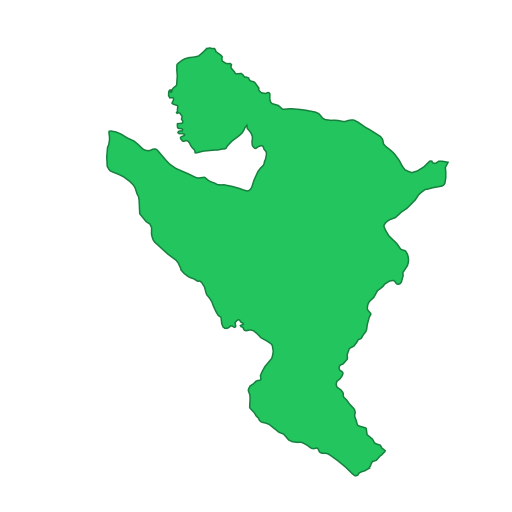 Maukatar, Cova Lima, East Timor (Albers equal-area conic projection), rotated 192°
{"feature_id": "22284137B61331736580364", "entity_name": "Maukatar", "entity_type": "district", "adm_level": 2, "iso_a3": "TLS", "parent_name": "East Timor", "parent_adm1": "Cova Lima", "projection": "albers", "projection_center": [125.234, -9.237], "detail": "fine", "context": "isolated", "style": "filled", "palette": "green", "viewbox_px": 512, "rotation_deg": 192, "n_neighbors": 0, "source": "geoboundaries", "source_scale": "gbopen_adm2", "svg_char_len": 6101}
<svg xmlns="http://www.w3.org/2000/svg" viewBox="0 0 512 512"><g transform="rotate(192 256 256)"><path d="M110.7,258.0L109.5,258.7L108.4,260.6L108.0,267.4L108.9,270.3L105.9,278.0L105.7,280.6L105.8,283.2L106.9,286.6L108.2,289.2L110.6,291.8L111.7,292.3L113.8,292.3L115.9,292.8L120.8,297.4L130.2,303.3L134.6,308.1L136.9,311.3L137.2,312.8L136.1,315.5L134.7,317.4L132.5,319.5L127.7,322.5L122.6,329.6L118.3,334.0L111.9,343.9L109.7,349.5L107.8,352.3L104.3,356.3L102.2,357.0L97.1,359.6L88.6,363.1L87.2,364.4L86.4,366.3L86.6,371.7L87.8,377.5L89.2,382.0L87.6,387.6L93.6,387.4L96.9,386.7L99.4,384.2L100.9,383.7L102.1,383.8L103.0,384.3L103.8,385.4L105.7,385.0L110.3,378.1L115.8,372.8L121.0,369.9L124.9,370.5L128.2,371.3L130.1,372.9L131.8,374.5L135.6,379.1L141.7,384.6L145.5,387.0L152.0,390.2L154.5,392.1L156.1,395.8L157.3,397.3L159.2,398.8L171.0,403.2L175.5,404.5L183.7,408.0L188.0,409.2L190.3,409.1L193.8,407.8L197.0,406.0L198.4,405.7L204.0,405.6L208.2,405.0L210.5,404.3L216.5,403.8L218.5,404.3L220.1,405.1L223.5,407.9L224.6,408.4L227.9,409.1L238.3,408.9L244.1,408.4L252.7,407.3L259.6,405.2L260.8,405.2L265.4,407.9L272.0,408.4L273.2,409.2L274.1,410.2L275.2,412.6L276.1,417.4L277.3,418.5L278.7,418.2L279.6,417.4L280.8,416.9L284.3,416.8L285.4,417.1L288.0,419.1L288.1,420.8L292.8,425.1L294.2,425.9L297.9,426.1L299.2,427.0L300.3,428.6L302.9,429.0L304.3,428.5L306.1,430.2L308.4,431.5L313.1,430.0L314.2,430.3L315.2,431.5L319.3,434.6L319.8,435.6L319.8,438.2L321.3,438.9L324.3,438.1L326.0,438.3L329.5,439.7L330.4,441.7L330.5,443.8L331.7,444.9L338.0,447.7L338.2,448.7L339.7,450.3L342.1,449.8L344.8,449.9L346.2,448.9L347.2,449.0L349.9,444.7L353.8,439.6L358.2,437.6L362.9,436.1L366.5,434.2L368.8,432.3L371.5,429.2L372.7,427.6L373.1,426.4L372.1,421.4L370.5,416.0L369.2,406.9L369.8,405.5L371.5,403.6L372.6,401.4L372.5,399.6L373.0,398.5L373.8,398.6L374.1,399.5L373.9,400.7L375.0,400.2L375.5,398.6L375.0,395.2L374.5,394.3L373.2,392.7L371.0,393.4L369.9,393.5L369.2,392.4L369.4,390.2L370.0,388.1L368.9,387.4L368.0,387.2L364.5,386.9L363.6,386.2L363.3,382.6L362.8,381.4L363.6,379.8L362.8,379.1L361.9,379.8L360.3,380.0L357.4,377.3L357.1,376.2L357.4,375.0L357.2,374.1L355.5,372.6L355.5,371.0L356.4,370.3L360.3,369.1L360.2,367.7L359.4,365.3L358.5,364.7L354.8,365.0L354.0,364.2L354.2,363.0L357.1,362.3L358.1,360.8L357.5,360.0L356.4,359.7L352.8,360.5L351.0,360.0L351.2,359.0L354.2,356.8L354.5,355.8L353.8,354.8L352.0,353.3L351.1,353.0L347.9,354.5L346.3,354.1L344.2,352.4L343.0,350.6L340.7,348.5L338.5,347.2L337.2,345.3L337.1,344.4L336.1,344.3L329.2,347.7L317.6,351.3L315.8,351.6L311.0,353.7L309.0,354.2L307.8,355.0L306.9,357.8L304.7,361.3L303.4,363.4L297.3,370.4L295.0,373.8L293.9,377.2L293.6,379.1L292.1,382.0L291.0,378.9L287.8,376.5L286.2,374.8L284.4,372.2L283.8,369.0L283.8,367.3L282.8,363.9L281.8,362.5L279.5,361.0L278.4,361.3L276.9,363.1L274.2,364.9L273.3,365.1L272.0,364.8L270.3,362.1L268.3,360.5L267.3,359.3L266.9,357.1L266.8,352.8L267.3,350.4L267.3,347.7L267.8,346.0L270.0,342.7L271.7,338.9L273.7,330.0L274.4,322.9L274.9,321.0L275.5,319.8L276.6,318.5L277.7,317.8L281.7,317.9L285.9,318.6L293.6,319.1L302.2,319.0L304.6,318.3L308.6,317.8L311.6,318.7L315.9,319.2L318.9,320.3L322.1,322.1L323.1,322.2L328.5,320.3L330.5,320.2L333.1,320.7L339.7,322.4L350.5,324.5L353.5,325.3L359.7,328.0L364.1,331.0L374.3,338.9L375.9,339.6L377.1,339.7L379.1,339.0L382.0,336.9L384.7,336.4L387.3,336.6L389.0,337.2L395.4,341.1L399.3,343.1L406.5,344.7L413.0,347.1L418.7,348.2L423.9,348.1L425.5,347.5L425.6,346.5L423.9,341.4L423.4,338.7L423.2,334.3L423.8,331.3L422.6,322.0L420.2,312.8L417.7,310.0L416.5,309.1L413.9,308.4L406.8,307.2L401.4,305.7L394.8,302.6L390.8,300.0L388.4,297.5L385.3,292.1L383.1,289.4L381.8,285.8L378.5,273.1L370.6,266.8L366.3,265.1L364.0,262.0L362.8,255.8L361.8,253.5L360.1,250.6L358.0,248.5L342.4,239.4L333.4,235.3L330.8,233.2L327.3,228.6L326.4,226.7L322.5,223.9L318.3,221.9L315.9,221.2L311.9,220.7L308.0,219.2L305.7,219.8L303.5,218.7L299.9,214.9L297.0,209.2L295.9,207.7L292.5,205.0L289.5,201.8L287.3,198.2L283.7,193.4L280.6,190.0L277.5,188.8L275.4,182.6L273.4,179.7L271.5,178.8L269.6,179.1L268.1,180.0L266.2,182.3L265.0,182.6L262.3,181.7L261.3,182.4L261.3,183.3L262.6,186.4L261.2,189.1L259.9,190.0L258.7,189.9L257.3,188.4L256.4,187.9L254.9,187.7L254.2,186.6L256.8,184.8L256.0,183.8L254.0,183.5L252.6,181.5L251.8,181.0L250.9,180.8L249.4,181.1L247.4,182.1L245.5,182.6L242.7,182.3L238.2,179.9L234.2,177.1L228.2,175.3L223.1,173.3L221.4,171.8L219.3,166.3L219.1,163.0L219.3,159.2L224.3,149.7L226.0,144.0L226.8,139.9L225.5,136.4L226.4,135.2L228.6,134.5L230.1,133.4L231.8,130.6L234.8,127.6L235.6,124.4L235.6,122.9L233.1,118.8L232.0,114.7L230.8,106.9L230.2,105.9L225.0,102.3L222.6,99.6L219.8,97.8L218.6,96.1L216.7,94.9L215.0,94.6L211.7,94.6L208.1,94.0L197.0,88.4L191.9,87.5L185.7,82.8L181.9,81.9L176.8,82.3L173.8,83.1L172.0,83.1L167.0,81.7L162.6,79.7L161.3,79.4L159.5,79.5L156.7,80.8L155.5,80.6L153.1,77.5L152.1,77.1L150.4,76.8L146.8,77.5L144.8,77.5L141.6,76.4L133.9,73.0L124.6,68.2L116.6,63.1L114.0,61.8L112.8,61.7L112.0,62.0L110.7,63.1L110.0,65.2L108.6,66.4L104.7,68.7L100.8,72.2L101.3,72.6L100.4,74.5L100.2,76.5L99.4,79.1L95.8,81.2L93.2,85.9L91.6,87.7L89.3,91.4L89.2,92.5L93.1,94.4L95.0,96.7L100.1,97.4L101.7,98.2L102.7,99.7L104.2,101.2L109.2,103.8L110.3,104.6L112.3,110.1L113.2,110.7L119.3,111.1L120.8,111.4L121.8,112.0L123.6,115.6L126.2,119.8L126.5,121.8L126.3,122.9L126.7,124.3L127.7,126.2L129.1,127.5L133.8,130.7L137.3,133.9L140.5,135.9L141.3,136.8L142.2,139.9L143.0,140.9L145.2,142.7L149.2,144.4L150.0,145.2L150.9,147.2L150.9,150.1L148.3,153.3L146.8,156.8L146.5,159.2L147.1,160.3L148.1,161.0L149.7,161.4L150.5,162.0L151.5,163.6L151.5,164.9L151.4,165.8L151.0,166.7L148.4,168.5L145.4,173.8L145.2,174.8L146.3,178.2L145.6,184.1L144.8,185.6L141.7,188.0L139.6,192.1L138.6,195.3L135.9,197.3L134.7,201.1L132.9,204.8L132.5,207.1L132.9,212.1L132.5,219.8L131.6,222.5L131.9,223.7L135.5,226.4L136.2,227.9L136.5,230.0L136.4,232.5L135.5,235.3L132.2,239.9L130.0,247.3L126.4,251.4L125.1,253.3L124.5,255.0L121.3,258.2L120.0,259.3L116.8,260.6L115.1,260.2L113.2,258.4L112.3,257.9L110.7,258.0Z" fill="#22c55e" stroke="#15803d" stroke-width="1.5"/></g></svg>